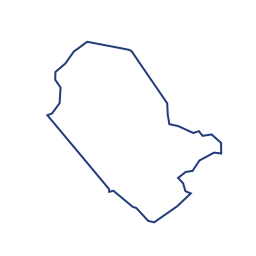 the district of Tucker, West Virginia, United States of America, rotated 34°
{"feature_id": "52423323B12346389629957", "entity_name": "Tucker", "entity_type": "district", "adm_level": 2, "iso_a3": "USA", "parent_name": "United States of America", "parent_adm1": "West Virginia", "projection": "mercator", "projection_center": [-79.514, 39.117], "detail": "fine", "context": "isolated", "style": "outline", "palette": "blue", "viewbox_px": 256, "rotation_deg": 34, "n_neighbors": 0, "source": "geoboundaries", "source_scale": "gbopen_adm2", "svg_char_len": 608}
<svg xmlns="http://www.w3.org/2000/svg" viewBox="0 0 256 256"><g transform="rotate(34 128 128)"><path d="M40.8,128.8L49.4,132.1L57.4,145.6L56.9,158.5L54.0,162.5L101.8,176.3L146.3,189.2L148.1,191.4L151.0,188.2L175.6,190.7L179.7,189.7L196.7,193.7L202.4,191.6L212.5,165.5L216.6,147.1L211.0,148.3L204.6,143.0L197.4,141.4L200.4,132.2L205.5,127.5L205.4,115.0L213.1,100.3L219.5,97.0L213.5,88.3L200.9,86.6L194.2,92.8L188.5,91.0L185.0,95.6L168.4,98.4L160.1,101.7L153.5,94.7L146.7,85.6L87.9,62.3L85.1,62.6L45.9,79.4L40.3,95.1L40.0,109.6L36.5,122.2L40.8,128.8Z" fill="none" stroke="#1e3a8a" stroke-width="2"/></g></svg>